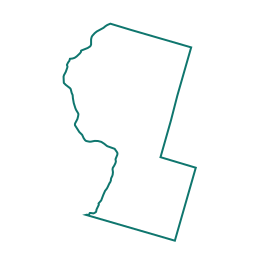 outline of Chisago, Minnesota, United States of America, rotated 196°
{"feature_id": "52423323B15141703051874", "entity_name": "Chisago", "entity_type": "district", "adm_level": 2, "iso_a3": "USA", "parent_name": "United States of America", "parent_adm1": "Minnesota", "projection": "mercator", "projection_center": [-92.792, 45.513], "detail": "fine", "context": "isolated", "style": "outline", "palette": "teal", "viewbox_px": 256, "rotation_deg": 196, "n_neighbors": 0, "source": "geoboundaries", "source_scale": "gbopen_adm2", "svg_char_len": 1442}
<svg xmlns="http://www.w3.org/2000/svg" viewBox="0 0 256 256"><g transform="rotate(196 128 128)"><path d="M51.9,32.6L51.9,108.5L88.7,108.9L88.8,147.0L89.5,172.7L89.5,222.9L152.4,223.1L173.7,223.4L176.3,221.3L177.7,219.7L179.2,217.5L184.6,212.2L186.2,209.9L187.7,206.8L188.0,205.6L188.0,204.3L187.9,203.0L186.5,198.1L186.6,196.9L186.9,196.0L188.8,193.8L194.1,189.7L194.4,189.4L194.2,188.2L194.8,186.5L195.5,185.3L197.1,182.6L198.7,180.7L200.5,179.5L202.9,178.5L202.9,176.4L203.6,174.6L204.1,172.0L204.0,171.6L203.2,170.6L203.0,169.4L203.3,164.8L204.1,161.2L204.1,159.6L202.2,153.9L202.0,153.6L199.7,152.3L194.7,150.3L193.8,149.6L191.8,146.2L190.3,144.4L189.2,141.5L187.0,137.0L184.1,132.6L182.9,131.1L180.2,128.6L179.5,127.7L179.2,125.7L179.1,122.7L180.1,117.9L180.1,117.1L179.7,116.0L173.7,110.7L170.2,108.8L167.9,106.1L166.1,104.6L165.1,104.1L164.4,104.0L161.4,104.2L160.0,104.6L156.5,106.4L153.3,107.2L149.8,107.3L146.5,106.3L143.5,105.0L142.7,104.8L135.1,104.3L132.0,101.8L131.2,100.9L130.9,99.4L131.4,94.6L130.4,92.4L130.4,90.7L130.9,87.9L131.6,85.6L131.5,84.1L130.3,81.4L129.9,79.1L129.9,77.6L130.3,75.4L130.3,73.9L130.0,73.0L130.2,70.7L130.6,69.9L131.2,66.0L131.6,64.0L132.7,61.3L133.3,57.0L133.8,51.0L135.4,47.6L135.5,47.3L134.9,46.2L135.8,40.9L135.6,39.5L135.7,38.4L136.8,37.1L137.7,36.4L140.6,36.0L141.3,35.7L141.4,35.4L141.5,34.0L142.0,33.5L143.7,33.3L144.4,32.9L51.9,32.6Z" fill="none" stroke="#0f766e" stroke-width="2"/></g></svg>